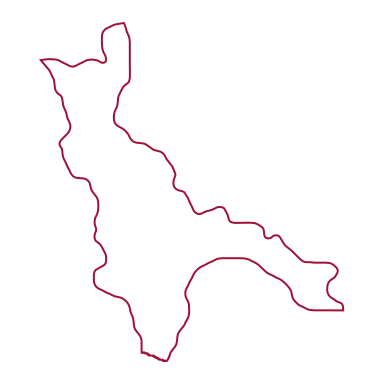 Estebania, Azua, Dominican Republic
{"feature_id": "3306468B97025454858192", "entity_name": "Estebania", "entity_type": "district", "adm_level": 2, "iso_a3": "DOM", "parent_name": "Dominican Republic", "parent_adm1": "Azua", "projection": "mercator", "projection_center": [-70.626, 18.542], "detail": "fine", "context": "isolated", "style": "outline", "palette": "rose", "viewbox_px": 384, "rotation_deg": 0, "n_neighbors": 0, "source": "geoboundaries", "source_scale": "gbopen_adm2", "svg_char_len": 5708}
<svg xmlns="http://www.w3.org/2000/svg" viewBox="0 0 384 384"><path d="M141.6,352.4L142.1,352.4L142.1,352.8L143.6,352.8L143.6,352.4L144.0,352.4L144.0,352.8L144.7,352.8L144.7,353.2L146.6,353.2L146.6,353.6L147.3,353.6L147.3,354.0L147.7,354.0L147.7,354.3L148.4,354.3L148.4,354.7L148.8,354.7L148.8,355.1L149.2,355.1L149.2,355.5L152.9,355.5L152.9,355.9L153.6,355.9L153.6,356.3L154.3,356.3L154.3,356.7L155.1,356.7L155.1,357.1L155.8,357.1L155.8,357.5L156.2,357.5L156.2,357.8L157.3,357.8L157.3,358.2L158.0,358.2L158.0,358.6L158.4,358.6L158.4,359.0L158.8,359.0L158.8,359.4L160.3,359.4L160.3,359.8L162.5,359.8L162.5,360.2L163.2,360.2L163.2,361.0L165.8,361.0L165.8,360.6L167.3,360.6L169.1,356.7L169.3,356.8L170.0,354.1L170.7,352.4L171.8,350.8L174.8,347.0L175.8,345.4L176.2,344.5L176.7,342.7L177.5,336.2L177.8,334.4L178.1,333.5L178.6,332.6L179.6,331.0L183.3,326.5L184.4,324.9L185.9,321.6L188.0,317.9L188.6,316.1L189.0,314.3L189.2,311.4L189.1,307.5L188.9,304.6L188.2,301.9L186.2,298.0L185.6,296.4L185.4,294.5L185.3,292.6L185.6,290.8L186.2,289.1L188.2,285.3L189.6,282.0L191.8,278.2L193.3,275.0L194.2,273.3L195.9,271.0L198.8,268.3L201.2,266.7L204.5,265.2L209.1,262.7L212.4,261.3L216.2,259.3L218.0,258.7L221.0,258.3L224.1,258.2L239.9,258.2L245.1,258.5L247.1,258.9L248.9,259.5L252.7,261.5L256.0,263.1L258.4,264.8L265.2,271.2L267.6,273.1L269.3,274.0L272.6,275.5L276.3,277.6L279.7,279.1L281.4,280.1L283.8,282.1L286.0,284.2L288.1,286.5L289.4,288.1L290.5,289.8L291.2,291.6L292.2,296.1L292.7,297.8L293.6,299.6L294.8,301.1L296.9,303.3L299.1,305.1L300.0,305.6L303.3,307.1L307.1,309.1L308.9,309.7L309.9,309.9L314.0,310.3L343.2,310.4L343.1,307.7L342.9,306.0L342.3,304.5L341.8,303.8L340.6,302.9L336.5,301.3L334.3,299.5L330.9,297.5L329.7,296.3L328.6,294.9L327.8,293.2L327.5,292.2L327.2,290.1L327.3,287.0L327.6,284.9L328.3,283.0L329.2,281.6L330.4,280.3L331.7,279.4L333.7,278.1L334.8,277.1L336.9,273.8L337.5,272.5L337.7,271.7L337.8,270.9L337.6,270.0L337.3,269.2L336.4,267.6L334.4,265.6L332.9,264.5L331.1,263.5L330.1,263.2L328.0,262.8L324.8,262.7L315.0,262.7L309.7,262.2L306.6,262.2L304.9,262.0L303.1,261.3L301.4,260.2L299.9,258.9L292.3,251.4L290.0,249.3L285.1,245.5L284.2,244.2L280.0,237.3L279.0,236.1L277.5,235.4L276.7,235.3L275.1,235.3L273.7,235.7L273.1,236.0L271.2,237.7L269.8,238.2L268.3,238.4L267.6,238.3L266.1,237.8L265.4,237.3L264.9,236.6L264.5,235.8L264.2,234.2L263.8,230.6L263.4,228.9L262.9,228.1L261.8,226.9L258.4,224.7L256.8,223.9L255.0,223.2L253.0,222.9L249.9,222.7L235.1,222.9L232.3,222.5L230.6,221.8L229.9,221.3L229.0,219.9L227.9,215.9L227.4,214.3L225.1,210.0L224.3,208.6L223.7,208.0L222.1,207.3L221.3,207.1L219.6,207.0L217.8,207.2L216.9,207.4L212.4,209.6L210.7,210.2L206.1,211.4L204.5,212.0L202.3,213.2L200.8,213.8L199.0,214.0L198.1,213.9L196.5,213.3L195.1,212.3L194.0,211.0L193.5,210.3L191.7,206.2L189.7,202.3L188.0,198.1L184.5,192.6L183.9,192.0L182.5,191.3L179.3,190.5L177.6,189.9L176.9,189.5L175.5,188.5L174.4,187.1L174.0,186.3L173.5,184.5L173.4,181.8L174.0,179.2L175.3,175.6L175.4,174.9L175.2,173.4L173.0,168.0L172.2,166.4L171.1,164.9L167.4,160.2L166.3,158.6L164.7,155.4L163.6,154.0L162.4,152.9L160.9,151.9L159.2,151.3L154.8,150.2L153.1,149.5L151.5,148.4L147.6,145.5L145.1,144.0L144.2,143.7L142.2,143.3L136.1,142.6L134.2,142.0L133.4,141.6L132.1,140.5L130.9,139.2L130.0,137.8L128.4,134.6L127.3,133.0L125.3,130.8L123.8,129.5L122.3,128.4L117.6,125.9L115.7,124.1L114.7,122.6L114.1,120.7L113.8,117.6L114.0,114.5L114.7,111.5L116.6,107.6L117.2,105.8L117.6,103.8L118.2,97.7L118.7,95.7L122.2,88.6L123.1,87.2L124.8,85.3L127.9,83.0L128.5,82.4L128.9,81.7L129.5,79.9L129.8,78.0L129.9,73.9L129.8,60.9L129.8,45.7L129.8,42.5L129.6,39.4L128.9,36.3L127.1,32.4L126.5,30.8L125.1,25.6L123.8,23.0L116.1,24.3L113.4,25.1L109.6,27.0L107.2,28.1L105.6,29.0L103.8,30.8L102.8,32.3L102.2,34.2L101.9,37.2L101.9,42.3L102.2,47.5L102.8,50.5L103.5,52.2L105.4,55.9L106.0,58.4L106.0,60.0L105.8,60.8L105.5,61.5L104.9,62.2L104.2,62.6L103.4,62.8L101.8,62.7L100.5,62.1L97.8,60.6L95.9,60.1L92.8,59.6L89.7,59.7L87.6,60.0L86.6,60.3L85.0,61.1L82.0,62.7L78.7,64.2L75.8,65.8L74.2,66.4L72.4,66.6L71.5,66.5L69.9,66.1L66.2,64.2L62.9,62.6L59.1,60.5L57.3,59.9L56.3,59.6L53.2,59.3L49.0,59.2L45.8,59.4L40.8,60.1L43.8,63.8L47.7,68.3L49.5,70.6L50.4,72.3L51.5,74.8L53.5,78.7L54.2,81.3L54.8,86.9L55.3,89.7L56.1,91.3L57.1,92.6L58.2,93.8L60.7,95.6L61.2,96.2L61.9,97.6L62.3,99.2L63.1,104.7L63.5,106.5L65.6,111.2L66.2,113.0L67.0,116.6L67.5,118.4L69.4,122.2L70.0,123.9L70.3,125.7L70.3,127.6L69.9,129.5L69.2,131.3L67.4,133.7L61.7,139.4L60.5,140.9L59.7,142.5L59.5,143.4L59.6,144.9L60.2,146.2L61.3,147.7L61.9,149.0L62.2,150.7L62.6,154.4L63.1,157.1L63.8,158.8L65.7,162.6L67.5,166.8L69.2,169.8L70.6,173.0L71.6,174.5L72.7,175.8L73.4,176.4L74.9,177.3L75.8,177.6L77.6,178.0L83.1,178.4L84.9,178.8L86.5,179.5L87.9,180.6L89.0,181.9L89.8,183.5L91.0,188.8L91.8,190.5L92.8,192.1L96.3,196.7L97.3,198.4L97.9,200.4L98.2,202.4L98.3,205.5L98.2,208.6L98.0,210.7L97.3,213.6L95.1,218.2L94.6,220.9L94.6,222.8L94.8,224.6L96.0,228.4L96.2,229.8L95.9,231.2L95.1,233.3L94.7,234.8L94.5,236.5L94.6,238.2L95.1,239.8L95.5,240.5L96.0,241.1L98.5,242.9L99.7,244.0L100.8,245.3L101.7,246.7L105.4,253.8L106.1,256.6L106.2,259.4L105.9,262.1L105.3,263.7L104.8,264.4L103.6,265.4L96.0,269.8L95.4,270.3L94.9,271.1L94.5,271.9L94.2,272.8L93.9,274.7L93.8,278.7L94.0,281.8L94.5,283.8L94.9,284.7L95.3,285.5L96.4,286.9L97.7,288.0L98.5,288.5L102.5,290.4L106.3,292.5L109.7,293.9L113.5,295.8L115.2,296.4L120.6,297.6L122.4,298.4L124.8,300.1L126.2,301.4L127.5,302.9L128.6,304.6L129.0,305.4L129.6,307.2L130.3,310.8L130.8,312.6L132.8,317.4L133.4,320.1L134.0,325.7L134.7,328.4L135.1,329.3L136.2,330.9L139.8,335.5L140.7,337.2L141.0,338.1L141.4,339.9L141.6,341.8L141.6,348.7L141.6,352.4Z" fill="none" stroke="#9f1239" stroke-width="2"/></svg>